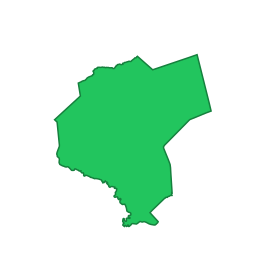 Macuelizo, Santa Bárbara, Honduras (Natural Earth projection), rotated 111°
{"feature_id": "27666195B20976347050961", "entity_name": "Macuelizo", "entity_type": "district", "adm_level": 2, "iso_a3": "HND", "parent_name": "Honduras", "parent_adm1": "Santa Bárbara", "projection": "natural_earth1", "projection_center": [-88.551, 15.242], "detail": "fine", "context": "isolated", "style": "filled", "palette": "green", "viewbox_px": 256, "rotation_deg": 111, "n_neighbors": 0, "source": "geoboundaries", "source_scale": "gbopen_adm2", "svg_char_len": 5598}
<svg xmlns="http://www.w3.org/2000/svg" viewBox="0 0 256 256"><g transform="rotate(111 128 128)"><path d="M71.3,158.5L71.5,159.0L71.9,159.3L72.5,160.4L72.6,160.5L73.1,160.6L73.4,160.7L73.8,161.0L73.9,161.3L74.6,161.2L75.2,161.7L75.6,161.7L76.1,161.7L77.5,162.4L77.6,162.5L77.7,163.1L77.8,163.4L77.5,164.1L77.5,164.5L77.6,164.9L77.9,165.5L78.4,166.6L78.6,168.4L78.9,168.9L79.1,169.3L79.2,169.7L79.2,170.1L79.5,170.3L79.8,170.8L79.8,171.0L79.7,171.7L80.1,172.2L80.1,172.7L80.2,173.5L81.3,175.4L81.5,176.2L81.9,177.3L82.2,177.9L82.3,178.1L82.9,178.3L83.3,178.2L83.4,178.7L83.9,178.9L84.1,179.2L84.8,180.0L85.1,180.3L85.5,180.4L86.4,180.3L86.7,180.5L87.0,180.9L87.2,181.0L87.5,181.0L87.7,180.8L87.9,180.6L88.1,180.2L88.5,179.9L88.9,179.7L89.6,179.5L90.5,179.4L91.0,180.1L91.5,180.2L92.0,180.2L94.4,182.9L95.8,184.0L96.4,184.2L97.4,184.5L98.8,185.1L99.9,186.6L100.3,187.1L101.0,187.8L101.7,188.3L103.6,190.2L103.9,190.5L115.2,183.9L146.6,199.5L147.9,196.3L168.6,185.9L169.8,185.5L175.2,185.5L176.6,185.4L177.3,185.3L178.1,185.0L179.2,184.1L179.8,183.9L180.0,183.7L180.2,183.0L180.5,182.5L180.7,181.8L180.9,181.5L181.2,181.2L181.7,180.9L184.8,180.0L185.3,179.7L186.4,178.6L186.5,178.1L186.8,175.8L186.7,173.8L186.8,172.8L186.7,172.3L186.6,171.9L186.4,171.4L186.0,171.0L185.9,170.7L185.8,170.3L185.8,169.9L185.9,169.3L186.7,167.5L187.3,166.4L187.6,165.8L187.7,165.5L187.6,164.9L187.3,164.2L187.1,163.7L186.8,163.3L186.5,163.0L186.2,162.9L185.8,162.9L185.6,163.1L185.4,163.0L185.2,162.9L185.1,162.7L185.0,162.2L185.1,161.5L185.2,160.8L185.3,160.3L185.2,159.3L185.4,158.7L185.6,158.4L185.6,158.2L185.6,157.9L185.0,156.7L185.4,156.7L185.6,156.5L186.0,155.9L186.4,155.2L186.4,154.9L186.3,154.5L186.2,154.3L186.0,154.1L185.9,153.9L185.9,153.7L186.0,153.5L186.4,153.2L187.1,152.8L187.6,152.5L187.9,152.5L188.1,152.4L188.4,152.1L188.5,151.9L188.5,151.5L188.3,151.1L188.1,151.1L187.8,151.0L187.5,150.8L187.3,150.3L187.1,149.9L187.1,149.6L187.0,149.3L187.1,148.0L187.1,146.3L187.3,145.8L187.5,145.6L187.5,145.4L187.5,145.1L187.3,144.7L187.3,144.3L187.3,143.2L187.2,142.7L187.3,142.0L187.3,141.5L187.3,141.2L187.1,140.7L186.7,139.9L186.6,139.5L186.3,138.1L186.1,136.7L186.1,134.4L186.1,134.2L186.4,133.8L186.7,133.4L187.3,133.1L187.4,132.9L187.4,132.5L187.4,132.3L188.0,132.0L188.2,131.9L187.9,131.3L187.7,131.2L187.4,130.7L186.7,130.8L186.4,130.6L186.1,130.5L185.7,130.2L186.1,129.9L186.3,129.4L186.3,129.2L186.0,128.6L186.0,128.4L186.3,128.2L186.6,127.3L186.7,127.2L186.9,127.2L187.0,127.4L187.2,127.8L187.3,127.9L187.7,127.3L188.0,126.5L188.3,126.0L188.6,125.3L188.8,125.2L189.2,125.1L189.4,124.9L189.6,124.7L189.8,124.2L189.8,123.6L188.7,122.8L188.3,121.7L188.2,120.7L188.0,119.1L188.9,119.1L189.0,119.1L189.1,118.9L189.0,118.6L188.7,117.2L188.7,116.8L188.8,116.7L189.0,116.6L191.5,116.2L192.4,116.7L192.7,116.7L193.0,116.6L193.3,116.5L194.1,115.9L194.4,115.8L195.0,115.9L196.1,116.6L196.3,116.6L196.7,116.6L197.0,116.4L197.2,116.1L197.3,115.9L197.3,115.6L197.3,115.4L196.9,114.6L196.5,114.1L196.3,113.6L196.2,113.1L196.3,112.8L196.4,112.7L197.1,112.4L197.5,112.0L198.0,111.4L198.1,111.0L198.1,110.9L196.8,110.2L196.6,109.9L196.7,109.5L196.8,109.3L197.0,109.2L197.4,109.0L197.7,109.1L198.9,109.4L199.2,109.3L200.0,109.0L200.3,108.7L200.6,108.5L200.7,108.2L201.4,106.0L201.4,105.9L201.2,105.4L200.4,104.0L200.3,103.7L201.5,102.3L202.6,101.4L203.5,100.7L205.5,99.5L206.0,99.1L206.1,98.8L206.2,98.4L206.4,97.1L206.3,95.3L206.5,95.0L206.9,94.7L207.3,94.5L207.8,94.3L208.1,94.3L208.4,94.3L208.6,94.5L209.1,95.4L209.4,95.9L209.8,96.1L210.3,96.1L210.5,96.0L210.7,95.9L210.9,95.5L211.0,95.3L210.9,94.6L210.9,94.2L211.2,94.0L211.5,93.9L211.7,94.0L211.9,94.4L212.2,95.8L212.3,96.4L212.6,96.7L213.1,97.1L213.3,97.1L214.5,96.4L215.4,96.2L215.8,96.3L215.9,96.6L215.9,97.1L215.8,97.6L215.5,98.2L215.4,98.3L214.3,98.8L214.0,99.2L214.0,99.5L214.3,99.9L214.7,100.0L215.2,99.9L215.9,99.8L216.9,99.5L217.2,99.4L217.5,99.1L217.6,98.7L217.9,98.2L218.1,97.9L218.5,97.8L218.7,97.7L219.4,98.2L220.0,98.1L220.5,98.0L220.6,97.8L220.7,97.7L220.8,97.2L221.1,96.6L221.2,96.2L220.8,96.2L220.3,96.1L220.1,95.9L220.0,95.6L219.9,95.4L220.0,95.2L220.1,94.9L220.4,94.7L220.5,94.4L220.5,94.2L220.4,94.0L220.2,93.8L219.2,93.4L218.7,93.4L218.6,93.1L218.7,92.9L219.1,92.7L219.5,92.6L219.7,92.4L219.7,92.1L219.5,91.7L219.3,91.5L218.4,91.1L217.6,90.6L216.5,90.3L216.1,90.1L215.8,89.9L215.7,89.7L215.5,89.2L215.0,87.2L214.6,85.7L214.1,85.3L213.7,85.0L212.1,84.0L211.4,83.7L211.2,83.5L211.0,83.3L210.9,83.0L210.8,81.6L210.6,80.8L209.6,79.4L209.5,77.8L209.7,75.6L209.9,74.5L209.9,73.1L209.8,71.9L209.2,68.9L208.9,68.1L208.7,67.9L208.5,67.7L207.4,67.1L206.8,66.9L206.1,66.5L205.7,66.3L205.2,66.3L204.6,66.3L199.2,77.1L196.1,75.9L180.5,68.6L180.3,68.3L180.2,68.2L179.9,68.1L179.4,68.0L179.2,67.8L179.1,67.6L178.9,67.2L178.8,66.7L178.6,66.4L178.1,66.3L177.9,66.2L177.4,65.7L176.8,64.9L175.8,64.2L175.6,63.9L175.3,63.0L175.2,62.8L174.6,63.4L174.4,63.5L173.9,63.6L173.3,63.4L173.1,63.4L172.9,63.6L172.8,64.0L172.5,64.1L172.3,63.8L154.5,72.0L149.8,74.1L147.2,75.5L146.2,76.3L143.5,78.7L134.1,87.5L132.8,88.1L130.9,87.7L98.1,73.4L86.2,60.8L82.4,56.5L76.1,60.8L34.8,89.8L39.9,95.8L64.8,125.8L57.7,144.9L57.9,145.0L58.3,145.3L58.7,145.4L59.2,145.5L59.5,145.6L59.8,146.0L60.0,146.6L60.3,146.8L61.9,147.5L62.2,147.8L63.8,148.7L64.1,148.8L64.5,148.9L64.8,149.1L65.0,149.6L65.3,150.8L65.4,151.1L65.8,151.5L67.1,153.2L67.6,153.6L67.7,154.0L67.9,154.5L68.9,155.2L69.4,156.0L69.5,156.1L69.8,156.1L70.1,155.7L70.4,155.6L70.6,156.2L70.9,156.4L71.1,156.6L71.3,157.0L71.4,157.4L71.4,157.6L71.3,158.1L71.3,158.5Z" fill="#22c55e" stroke="#15803d" stroke-width="1.5"/></g></svg>